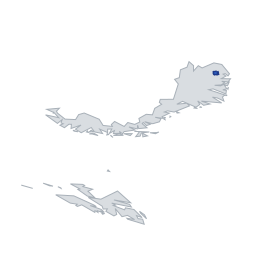 Valle nor, Aust-Agder, Norway (highlighted), rotated 199°
{"feature_id": "86288312B24572790615824", "entity_name": "Valle nor", "entity_type": "district", "adm_level": 2, "iso_a3": "NOR", "parent_name": "Norway", "parent_adm1": "Aust-Agder", "projection": "natural_earth1", "projection_center": [7.485, 59.169], "detail": "fine", "context": "in_parent", "style": "filled", "palette": "blue", "viewbox_px": 256, "rotation_deg": 199, "n_neighbors": 0, "source": "geoboundaries", "source_scale": "gbopen_adm2", "svg_char_len": 4614}
<svg xmlns="http://www.w3.org/2000/svg" viewBox="0 0 256 256"><g transform="rotate(199 128 128)"><path d="M152.4,122.3L143.3,124.4L144.9,125.8L142.8,129.8L132.1,128.2L130.0,133.1L122.8,133.6L118.8,137.5L120.8,140.6L115.2,146.9L109.2,148.4L109.1,155.3L103.9,161.4L106.7,162.4L106.8,165.6L94.4,169.9L94.8,186.0L99.8,189.2L95.9,192.3L97.4,200.1L92.0,204.7L91.9,210.6L86.3,208.3L84.6,203.2L81.8,209.8L77.5,208.9L68.0,217.5L60.0,218.6L49.7,212.3L50.4,209.8L53.8,211.1L55.6,209.9L52.3,209.0L55.9,205.0L47.1,207.9L48.4,204.2L54.6,202.7L51.3,202.3L54.1,199.0L60.0,196.6L54.2,198.0L47.3,204.3L47.7,200.3L51.0,200.0L47.3,197.2L50.8,195.0L47.2,195.5L46.5,192.0L60.3,192.7L64.1,190.5L47.2,190.7L48.8,188.1L46.1,184.7L53.4,185.5L58.2,184.7L47.6,182.2L67.4,177.3L58.3,177.4L63.9,174.1L70.9,176.3L67.8,173.6L70.5,169.8L85.1,171.0L89.6,166.4L80.4,170.6L77.1,168.9L89.6,158.1L96.2,157.1L98.8,155.0L93.7,155.5L99.4,149.8L97.7,148.6L105.8,147.0L99.9,147.5L100.3,144.1L106.0,140.1L114.3,139.4L108.1,138.8L111.3,136.3L115.4,138.2L116.0,136.7L110.1,134.4L117.7,130.9L119.8,133.8L118.9,130.2L127.4,129.3L120.7,128.4L130.5,123.3L131.3,120.7L135.1,122.0L133.5,120.5L140.0,118.0L140.0,121.1L143.9,116.8L143.0,121.8L146.9,120.3L145.8,117.1L154.4,117.7L150.2,114.5L158.4,113.4L162.9,116.5L170.7,108.3L177.3,109.8L173.4,115.5L181.7,109.0L182.7,113.1L185.1,112.3L188.2,107.6L193.3,108.5L190.6,110.9L193.0,111.0L193.0,114.4L196.2,109.4L210.2,113.6L196.8,115.2L203.0,118.5L210.9,119.2L199.3,124.4L201.1,120.7L199.6,119.1L190.4,115.9L180.3,118.9L179.0,124.6L174.3,127.9L158.1,126.9L152.4,122.3ZM112.7,40.3L121.8,42.0L121.2,44.8L125.1,43.3L127.0,45.7L142.9,49.4L130.4,51.9L117.4,65.0L101.1,58.2L117.9,55.4L101.6,56.3L99.1,54.4L119.0,51.7L114.8,51.0L116.6,49.9L104.6,49.5L104.4,51.7L95.9,52.9L85.5,47.9L91.4,47.9L88.9,45.5L84.5,46.6L81.4,42.3L98.4,41.6L99.7,42.3L92.0,43.6L100.1,45.2L104.8,42.2L113.9,47.7L110.5,42.6L112.7,40.3ZM131.9,37.4L146.7,40.3L150.3,37.4L152.1,37.8L151.2,39.4L158.2,38.2L174.6,41.3L157.1,46.2L135.1,44.1L132.4,43.4L138.5,42.3L126.9,42.3L124.1,41.1L127.4,40.4L122.0,39.7L130.1,39.8L128.9,38.4L132.3,39.1L131.9,37.4ZM144.3,50.4L155.4,53.6L153.7,54.7L164.2,56.4L152.6,59.9L150.3,59.6L151.6,57.9L141.5,58.6L145.3,55.2L136.5,51.2L144.3,50.4ZM115.9,128.2L120.9,126.9L106.5,131.2L113.7,127.7L113.9,124.2L117.9,122.3L115.9,128.2ZM123.4,121.6L130.1,121.3L122.3,124.0L123.4,121.6ZM129.9,119.6L139.4,116.2L134.5,119.8L129.9,119.6ZM80.9,48.2L88.3,51.5L90.0,53.0L84.2,51.3L80.9,48.2ZM111.1,124.5L112.5,127.7L107.0,126.9L111.1,124.5ZM162.7,109.8L159.1,112.0L153.8,111.1L159.8,110.7L162.7,109.8ZM163.5,111.4L162.1,114.0L159.8,113.3L163.5,111.4ZM100.4,131.5L105.6,130.7L100.0,132.8L100.4,131.5ZM209.9,39.3L198.4,39.9L210.3,39.2L209.9,39.3ZM183.4,47.8L190.3,48.2L180.0,48.6L183.4,47.8ZM174.1,108.1L178.0,107.5L179.3,108.0L174.1,108.1ZM166.0,110.7L165.4,112.1L164.2,110.9L166.0,110.7ZM145.8,114.5L145.8,115.9L144.3,115.4L145.8,114.5ZM133.5,80.6L133.2,81.9L131.3,80.9L133.5,80.6ZM175.2,49.7L172.0,49.5L171.6,49.1L175.2,49.7ZM86.5,158.1L87.6,159.3L84.7,159.0L86.5,158.1ZM139.1,114.2L141.1,114.8L142.3,115.6L139.1,114.2ZM123.9,38.2L125.3,39.0L123.3,38.7L123.9,38.2ZM71.9,168.9L68.6,169.1L72.1,168.4L71.9,168.9ZM67.2,170.9L66.0,171.9L65.4,171.4L67.2,170.9ZM99.2,133.1L97.5,134.3L99.3,132.4L99.2,133.1ZM46.7,197.7L46.3,199.3L46.1,197.2L46.7,197.7ZM96.4,148.8L95.6,147.9L96.7,148.0L96.4,148.8ZM203.7,117.2L203.4,118.3L203.3,118.1L203.7,117.2ZM97.3,149.8L95.5,150.0L97.7,149.5L97.3,149.8ZM91.9,151.9L92.1,152.9L91.2,152.6L91.9,151.9ZM45.9,190.6L45.1,191.6L45.3,190.8L45.9,190.6Z" fill="#d9dde1" stroke="#a8b0b8" stroke-width="1"/><path d="M64.7,207.0L64.4,207.0L64.2,207.0L64.2,206.9L64.1,206.7L63.9,206.5L63.7,206.4L63.5,206.5L63.4,206.5L63.2,206.7L63.3,206.7L63.2,206.8L62.9,207.0L63.0,207.1L62.9,207.2L62.9,207.3L62.7,207.4L62.4,207.3L62.3,207.2L62.2,207.2L62.1,207.3L61.9,207.4L61.7,207.4L61.6,207.5L61.5,207.4L61.2,207.3L61.1,207.5L60.8,207.6L60.6,207.7L60.4,207.9L60.2,208.0L59.9,208.2L60.0,208.3L60.6,208.4L60.8,208.4L61.2,208.5L61.3,208.6L61.2,208.7L61.2,208.8L61.1,209.0L61.0,209.3L61.0,209.5L60.9,209.5L61.0,209.6L61.2,209.8L60.9,209.9L60.7,209.9L60.7,210.0L60.8,210.1L61.0,210.2L61.0,210.3L61.2,210.5L61.3,210.4L61.9,210.1L62.0,210.0L62.2,209.9L62.3,209.9L62.5,209.9L62.8,209.9L63.0,209.8L63.3,209.7L63.5,209.7L63.8,209.7L63.8,209.8L63.9,209.7L64.0,209.7L64.3,209.6L64.5,209.5L64.9,209.4L65.1,209.4L65.3,209.3L65.6,209.0L65.5,208.9L65.4,208.8L65.3,208.7L65.2,208.7L65.0,208.4L65.1,208.2L65.3,208.0L65.3,207.9L65.2,207.9L65.1,207.7L64.9,207.6L64.9,207.4L64.8,207.2L64.7,207.0Z" fill="#3b82f6" stroke="#1e3a8a" stroke-width="1.5"/></g></svg>